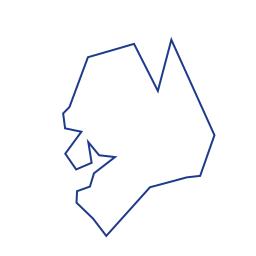 the district of Charlottesville, Virginia, United States of America, rotated 329°
{"feature_id": "52423323B38941447839141", "entity_name": "Charlottesville", "entity_type": "district", "adm_level": 2, "iso_a3": "USA", "parent_name": "United States of America", "parent_adm1": "Virginia", "projection": "natural_earth1", "projection_center": [-78.498, 38.04], "detail": "fine", "context": "isolated", "style": "outline", "palette": "blue", "viewbox_px": 256, "rotation_deg": 329, "n_neighbors": 0, "source": "geoboundaries", "source_scale": "gbopen_adm2", "svg_char_len": 444}
<svg xmlns="http://www.w3.org/2000/svg" viewBox="0 0 256 256"><g transform="rotate(329 128 128)"><path d="M45.4,165.5L51.4,187.8L53.8,209.3L116.3,190.1L153.0,200.6L165.2,206.2L198.4,178.7L210.6,74.7L172.7,111.6L176.5,59.0L130.1,46.7L88.6,79.9L79.9,82.1L73.9,95.9L86.1,107.2L61.0,117.7L62.2,136.8L78.9,139.1L86.7,119.7L89.2,136.5L101.9,146.2L75.5,149.3L65.2,158.6L51.8,155.9L45.4,165.5Z" fill="none" stroke="#1e3a8a" stroke-width="2"/></g></svg>